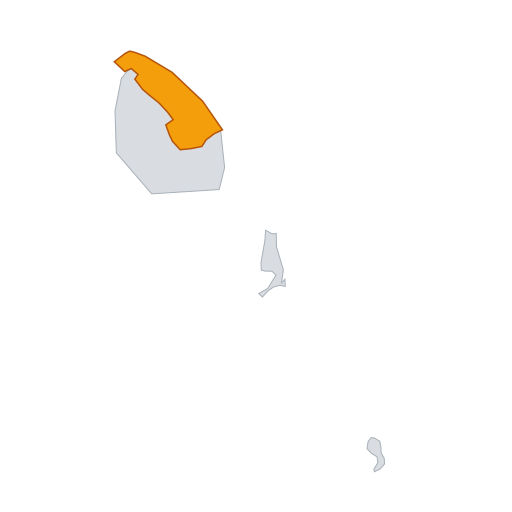 Saint Vincent and the Grenadines, with Charlotte highlighted, rotated 313°
{"feature_id": "VCT-5063", "entity_name": "Charlotte", "entity_type": "Parish", "adm_level": 1, "iso_a3": "VCT", "parent_name": "Saint Vincent and the Grenadines", "parent_adm1": "", "projection": "orthographic", "projection_center": [-61.165, 13.289], "detail": "fine", "context": "in_parent", "style": "filled", "palette": "amber", "viewbox_px": 512, "rotation_deg": 313, "n_neighbors": 0, "source": "natural_earth", "source_scale": "10m", "svg_char_len": 1127}
<svg xmlns="http://www.w3.org/2000/svg" viewBox="0 0 512 512"><g transform="rotate(313 256 256)"><path d="M299.2,172.8L279.5,183.7L230.3,137.3L236.2,83.5L266.0,53.9L294.1,36.4L323.1,34.5L333.1,79.1L326.0,141.9L299.2,172.8ZM264.5,285.5L253.7,293.0L258.8,293.0L253.7,298.1L250.4,293.0L245.0,289.9L238.2,288.5L230.4,288.7L230.4,283.6L240.4,286.7L255.7,283.6L255.7,278.0L251.2,273.0L249.2,269.5L254.8,264.0L273.5,251.9L281.3,245.5L282.2,248.2L282.6,250.7L283.5,253.0L286.3,255.4L276.7,264.7L264.5,285.5ZM191.7,491.8L184.9,492.1L178.9,489.7L180.5,487.6L188.1,486.0L191.7,481.4L190.4,475.3L190.8,468.6L196.8,464.5L201.5,464.0L203.6,466.6L204.9,472.9L201.3,477.8L197.4,481.7L195.5,487.7L191.7,491.8Z" fill="#d9dde1" stroke="#a8b0b8" stroke-width="1"/><path d="M301.4,19.9L314.8,22.1L319.7,23.9L322.3,28.6L326.5,38.6L333.1,69.3L332.8,111.5L325.4,145.4L317.2,142.1L307.1,140.3L299.2,141.7L290.4,135.4L287.0,132.4L282.0,128.1L282.9,116.8L285.5,110.1L290.4,100.6L299.2,102.4L300.9,93.3L301.8,80.2L300.9,69.0L300.5,59.5L302.7,46.8L308.4,45.9L308.0,36.9L301.4,34.2L301.4,19.9Z" fill="#f59e0b" stroke="#b45309" stroke-width="1.5"/></g></svg>